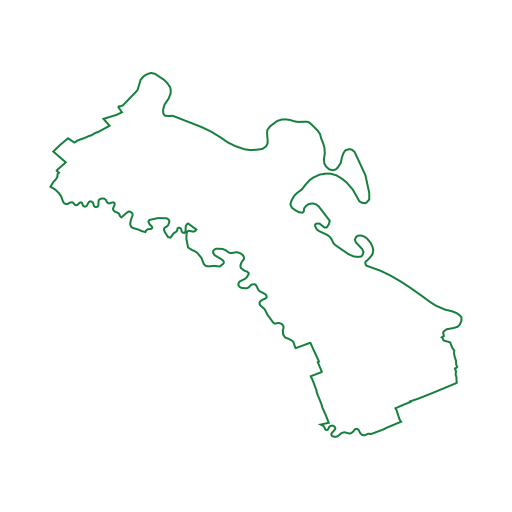 outline of Grozesti, Iasi, Romania, rotated 5°
{"feature_id": "2599482B13822693559247", "entity_name": "Grozesti", "entity_type": "district", "adm_level": 2, "iso_a3": "ROU", "parent_name": "Romania", "parent_adm1": "Iasi", "projection": "robinson", "projection_center": [28.02, 46.999], "detail": "fine", "context": "isolated", "style": "outline", "palette": "green", "viewbox_px": 512, "rotation_deg": 5, "n_neighbors": 0, "source": "geoboundaries", "source_scale": "gbopen_adm2", "svg_char_len": 6092}
<svg xmlns="http://www.w3.org/2000/svg" viewBox="0 0 512 512"><g transform="rotate(5 256 256)"><path d="M450.1,319.3L449.1,315.9L449.9,314.5L452.2,312.4L458.8,310.6L462.9,309.0L465.1,306.4L466.3,302.4L466.0,299.2L464.0,297.2L460.3,295.2L456.2,294.0L448.8,292.9L439.3,289.7L433.4,286.6L424.7,281.3L411.4,273.6L401.8,268.5L391.2,263.6L381.5,259.9L366.8,256.0L365.8,254.5L365.4,252.9L366.0,251.7L367.3,250.6L369.4,247.9L371.6,244.7L372.2,242.1L372.2,239.4L371.3,236.8L369.2,233.1L365.2,229.0L362.2,227.2L358.7,226.4L356.1,226.8L354.1,228.2L353.1,231.1L354.1,233.5L361.0,239.7L362.7,242.5L362.1,245.6L360.9,247.4L357.5,248.0L353.2,247.9L348.0,246.1L335.2,238.9L333.2,237.6L331.6,235.9L329.9,232.7L327.5,230.2L324.9,228.7L316.7,225.7L314.3,224.3L312.2,220.9L312.2,219.4L313.5,218.4L316.5,218.2L321.8,221.7L323.9,221.4L325.8,218.1L326.4,214.5L314.1,201.1L311.1,199.2L307.9,198.7L304.2,199.6L301.5,201.7L299.8,204.4L299.7,207.5L298.5,208.8L295.3,208.7L291.6,207.2L287.6,204.8L285.8,201.7L286.4,198.2L288.5,193.2L291.2,189.8L295.9,185.7L298.8,181.1L302.7,175.9L306.3,172.8L312.5,169.3L318.7,167.8L323.4,167.5L329.2,168.7L334.7,171.4L339.8,174.8L346.8,181.6L354.2,192.5L357.1,193.8L360.0,193.9L361.4,193.2L363.9,189.8L363.3,183.3L358.0,166.1L345.2,143.8L342.7,142.0L340.0,141.3L336.0,142.8L334.2,145.8L333.0,150.2L332.4,155.7L329.8,160.7L327.9,162.8L325.0,163.9L321.2,163.2L317.7,160.5L315.9,157.6L315.2,153.4L315.6,147.9L314.7,142.0L313.1,137.9L310.6,133.0L309.2,129.0L306.7,125.9L299.7,120.0L297.1,118.2L294.8,117.8L285.8,118.8L282.0,118.4L278.0,117.5L273.8,117.3L269.7,117.8L265.3,119.7L258.5,125.8L256.3,129.6L256.3,132.5L257.5,139.9L257.7,142.8L256.5,145.9L253.2,148.7L247.9,150.0L241.2,151.0L235.3,150.7L226.0,148.4L218.0,145.3L209.9,140.7L200.6,136.1L191.2,132.5L160.9,123.6L156.7,124.2L152.9,124.1L151.2,122.0L150.7,118.9L151.1,115.9L151.8,112.9L155.2,106.9L156.8,101.6L156.5,97.6L155.7,95.3L152.5,91.4L149.1,88.6L139.5,83.3L135.6,82.8L132.3,84.0L128.6,86.5L125.7,90.5L123.6,100.8L122.6,102.3L110.3,117.5L108.2,118.6L106.4,118.8L106.0,119.8L109.9,124.5L105.1,127.4L92.1,132.7L98.8,139.0L87.5,146.5L87.3,146.4L84.0,148.1L83.7,148.6L80.4,150.7L79.7,150.7L75.3,153.2L68.0,156.5L66.7,157.9L65.1,158.8L58.5,155.1L50.9,162.7L45.0,169.6L58.3,179.3L50.0,188.1L50.0,188.5L52.4,190.2L51.2,191.6L51.2,194.2L50.8,195.5L49.0,198.4L48.0,199.4L45.2,204.9L49.9,207.1L53.9,210.3L56.5,213.3L59.1,218.7L60.4,220.2L62.1,220.8L63.0,220.7L64.0,220.5L66.1,218.9L68.2,218.5L69.6,219.2L71.2,220.9L72.3,221.1L73.7,220.7L75.6,218.3L77.0,217.8L78.0,218.2L79.3,220.9L79.9,221.4L81.2,221.8L82.5,221.2L83.1,220.6L84.7,216.9L85.8,216.1L86.9,216.0L88.9,217.0L90.1,220.0L90.7,220.7L91.7,221.2L92.6,221.2L93.9,220.6L94.4,219.9L94.6,218.9L94.4,216.7L94.4,214.5L95.0,213.3L96.9,212.3L99.1,212.0L100.0,212.2L101.7,213.3L102.6,214.9L103.4,215.8L104.2,216.3L105.4,216.4L108.3,215.1L109.5,215.1L110.4,215.7L110.7,216.3L110.7,217.0L110.5,218.0L109.4,221.2L109.6,222.1L110.1,222.9L111.6,224.2L114.0,224.8L115.9,225.8L116.9,227.9L118.5,229.3L123.6,224.0L125.5,222.7L126.6,222.8L128.3,223.7L128.9,224.2L129.4,225.2L129.5,226.1L129.2,227.5L128.5,229.6L127.9,233.6L128.0,235.9L129.4,238.1L131.1,238.8L136.7,240.0L140.1,241.2L143.7,241.8L144.2,240.3L145.6,239.0L146.9,238.5L148.8,238.3L150.1,237.2L150.0,236.2L149.6,235.6L147.2,233.6L145.9,231.5L145.9,230.6L146.7,229.4L154.9,226.8L163.5,226.2L165.8,227.3L166.3,228.1L166.6,229.1L166.6,230.1L165.8,232.7L165.1,233.9L162.7,235.7L162.1,236.6L162.0,237.7L162.8,239.7L166.8,244.9L169.3,245.1L171.9,240.7L174.7,238.4L175.3,237.2L175.4,235.5L176.1,234.7L177.2,234.5L178.7,235.3L179.2,236.1L179.9,238.1L180.4,238.7L182.4,239.4L183.1,238.6L183.7,237.5L183.4,233.4L183.6,231.8L184.8,230.0L185.5,229.5L194.2,234.8L193.6,236.1L192.4,236.9L191.2,237.2L187.2,236.8L186.0,237.1L185.4,237.8L184.9,239.0L185.1,244.9L187.6,253.5L192.2,255.8L194.4,256.4L197.5,258.2L201.8,262.7L204.6,268.4L206.4,270.0L207.7,270.4L210.2,270.4L215.0,269.5L220.9,269.6L224.1,266.5L224.5,265.5L224.5,264.7L223.6,263.4L220.9,261.8L214.7,258.8L213.0,256.6L213.0,254.5L214.1,253.2L215.7,252.2L221.1,251.9L222.9,252.1L225.7,253.1L228.0,254.6L229.6,255.2L230.8,255.3L236.5,253.9L237.6,254.0L240.3,254.7L243.1,256.5L244.4,259.3L244.1,260.4L242.4,263.0L241.7,265.0L241.4,266.6L241.5,268.3L242.2,269.4L245.7,271.6L248.6,272.4L250.3,273.8L250.1,275.0L248.8,277.8L247.3,279.5L242.3,282.6L241.4,283.7L240.9,285.3L241.0,286.6L241.9,287.8L243.3,288.7L244.8,289.1L249.6,289.0L251.3,288.0L253.4,285.5L254.6,284.7L256.5,284.3L258.0,284.5L259.6,286.6L261.1,289.3L262.4,290.6L267.6,292.8L269.3,293.8L270.1,295.0L270.1,296.4L269.1,297.5L265.7,299.4L264.6,300.4L263.8,301.5L263.6,302.6L263.9,303.9L265.1,305.2L269.0,308.0L270.3,309.8L272.8,313.9L279.0,320.9L280.2,321.6L281.3,321.6L284.4,320.7L287.1,321.3L288.4,322.1L289.5,323.8L289.7,325.4L289.2,328.0L289.9,331.9L291.7,334.2L293.0,335.0L295.8,335.7L299.8,337.5L300.9,338.7L302.9,343.4L303.6,344.3L317.2,337.9L317.8,337.9L327.6,355.1L327.9,355.7L326.8,356.4L331.6,365.5L331.5,365.9L321.0,371.0L321.2,371.6L322.5,373.4L324.2,376.7L328.2,385.2L328.1,385.8L329.9,389.9L331.1,391.9L334.1,397.9L335.4,401.4L339.5,408.7L343.0,415.8L335.1,418.3L337.5,419.3L338.8,420.2L340.2,422.8L341.2,423.2L342.3,423.0L342.8,422.5L344.0,419.6L345.0,418.8L346.7,418.3L347.4,418.3L348.9,419.0L349.9,420.2L350.0,421.5L346.7,426.1L346.6,427.4L347.5,428.8L349.6,429.2L350.9,429.2L353.1,428.5L355.9,425.5L357.6,424.5L359.1,424.0L359.9,423.9L364.1,424.7L365.5,424.6L366.8,423.7L368.0,422.5L369.7,420.0L371.0,419.4L371.9,419.5L373.5,420.5L375.2,423.3L376.7,424.6L377.4,425.0L379.3,425.2L380.4,424.9L383.2,423.3L385.1,423.2L385.8,423.5L399.2,417.1L399.8,416.4L415.0,408.4L413.9,407.2L413.0,405.8L409.6,397.7L408.2,395.5L417.1,390.7L422.5,388.0L422.1,387.4L429.8,384.1L442.0,378.0L466.9,365.0L467.0,364.3L466.5,362.2L466.3,359.5L465.2,356.6L465.3,353.4L464.0,351.0L464.2,350.5L465.0,350.2L466.1,348.9L464.8,346.5L464.4,343.0L462.9,339.6L462.1,337.1L461.7,334.9L461.8,333.0L459.3,330.0L457.1,325.3L456.2,324.9L450.9,324.0L450.0,323.4L448.9,321.3L448.1,320.8L450.1,319.3Z" fill="none" stroke="#15803d" stroke-width="2"/></g></svg>